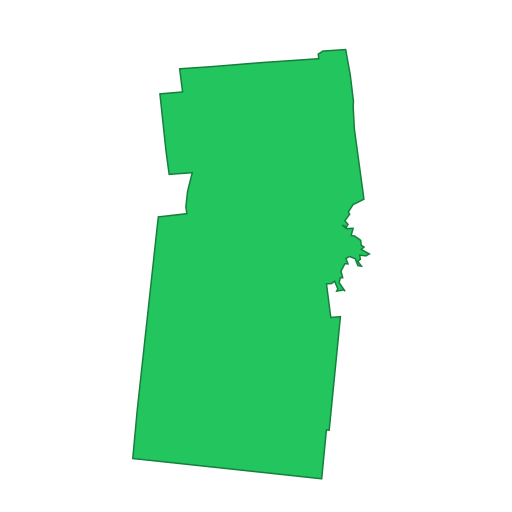 Piscataquis, Maine, United States of America (Equal Earth projection), rotated 186°
{"feature_id": "52423323B69646199912282", "entity_name": "Piscataquis", "entity_type": "district", "adm_level": 2, "iso_a3": "USA", "parent_name": "United States of America", "parent_adm1": "Maine", "projection": "equal_earth", "projection_center": [-69.536, 45.793], "detail": "fine", "context": "isolated", "style": "filled", "palette": "green", "viewbox_px": 512, "rotation_deg": 186, "n_neighbors": 0, "source": "geoboundaries", "source_scale": "gbopen_adm2", "svg_char_len": 993}
<svg xmlns="http://www.w3.org/2000/svg" viewBox="0 0 512 512"><g transform="rotate(186 256 256)"><path d="M167.4,41.3L167.8,90.4L165.0,90.4L165.7,204.5L175.2,202.7L183.0,235.7L178.1,236.4L175.2,239.1L171.2,231.9L172.1,229.5L164.9,231.5L163.7,230.2L170.5,238.2L169.9,243.1L167.5,243.5L169.9,249.8L166.8,257.6L163.7,257.8L166.3,263.0L163.0,265.3L157.1,263.7L153.7,257.1L150.1,256.9L154.2,261.4L151.9,263.6L153.0,267.7L146.7,267.6L143.5,269.9L152.0,273.5L149.5,276.2L152.5,277.7L153.5,282.5L160.0,286.2L163.5,286.3L162.3,293.7L168.9,292.7L173.4,295.7L169.1,294.2L167.8,297.1L171.3,300.3L167.2,307.4L168.8,309.3L164.9,317.2L154.6,323.8L171.5,392.8L175.0,415.0L175.2,419.8L181.2,446.0L188.4,470.7L210.9,466.8L215.2,463.3L214.2,458.8L245.0,453.4L271.4,448.8L324.4,438.9L351.5,434.2L346.2,411.5L368.5,407.2L356.6,351.5L350.9,328.1L328.1,332.2L330.8,313.1L330.9,297.5L329.2,290.9L357.2,284.7L357.3,276.1L358.0,89.9L357.4,41.7L167.4,41.3Z" fill="#22c55e" stroke="#15803d" stroke-width="1.5"/></g></svg>